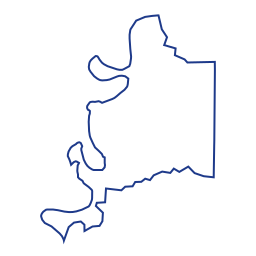 Adams, Mississippi, United States of America
{"feature_id": "52423323B79783446194500", "entity_name": "Adams", "entity_type": "district", "adm_level": 2, "iso_a3": "USA", "parent_name": "United States of America", "parent_adm1": "Mississippi", "projection": "orthographic", "projection_center": [-91.474, 31.468], "detail": "fine", "context": "isolated", "style": "outline", "palette": "blue", "viewbox_px": 256, "rotation_deg": 0, "n_neighbors": 0, "source": "geoboundaries", "source_scale": "gbopen_adm2", "svg_char_len": 2387}
<svg xmlns="http://www.w3.org/2000/svg" viewBox="0 0 256 256"><path d="M213.7,177.3L214.2,145.4L214.3,140.9L214.9,70.2L214.8,61.9L187.4,62.5L184.6,59.4L174.9,55.2L175.6,48.4L164.2,45.1L167.0,37.2L161.8,29.3L158.5,15.4L157.8,15.4L152.2,15.9L145.1,16.9L136.5,20.5L136.2,20.6L130.6,29.2L130.3,30.0L129.6,34.7L129.6,38.6L130.3,49.0L131.1,56.5L131.0,58.5L130.2,63.8L129.3,66.2L123.9,69.1L122.3,69.8L119.4,69.8L116.9,69.3L107.6,66.2L103.9,64.2L102.0,62.7L101.1,61.6L99.4,59.4L98.5,57.8L97.6,56.5L97.0,56.2L95.8,56.0L95.3,56.3L92.5,58.6L90.8,60.3L89.7,62.1L89.3,63.4L88.8,66.9L89.1,69.0L89.3,69.7L89.9,70.6L90.5,71.7L94.1,76.2L97.1,78.5L99.0,79.6L100.2,80.1L102.2,80.4L106.7,80.1L109.7,79.5L117.1,76.5L119.0,75.9L121.8,75.7L123.7,76.0L125.2,76.3L128.3,78.6L127.8,84.0L127.4,85.9L127.0,86.8L126.9,86.9L124.5,89.8L120.5,92.9L116.6,96.3L114.5,97.9L112.3,99.0L102.1,102.8L101.5,102.6L100.6,101.9L98.6,101.2L95.0,101.9L92.7,101.7L91.1,101.9L90.2,102.1L89.6,102.6L87.6,105.4L87.2,106.1L87.1,107.0L87.1,108.0L87.9,109.7L89.2,110.3L89.9,111.0L89.8,113.7L89.1,115.8L88.7,121.8L89.1,131.1L89.8,135.8L90.4,137.7L91.4,139.9L92.8,143.0L95.0,147.4L98.5,150.6L101.9,154.0L103.0,156.7L104.7,157.4L104.7,159.2L104.7,163.0L105.0,165.1L104.6,167.4L102.3,170.0L93.6,170.0L92.2,169.5L89.5,167.8L87.4,165.9L85.7,163.5L83.8,159.7L81.3,150.1L81.3,148.5L82.2,146.3L82.1,145.9L80.9,143.3L80.6,142.9L79.4,142.3L78.2,142.5L76.7,143.3L76.0,144.1L72.4,146.2L70.7,147.8L68.6,151.5L67.9,154.2L67.8,156.1L69.4,159.5L70.3,162.0L71.1,164.8L73.3,162.6L74.0,162.0L75.7,161.3L76.8,161.6L79.0,162.9L78.8,163.4L77.7,165.4L77.3,170.5L77.4,171.8L78.0,174.5L78.0,177.2L79.2,178.6L82.5,180.8L83.5,182.9L84.0,183.5L88.6,186.9L91.5,189.6L92.0,190.3L92.2,191.1L92.1,198.1L91.9,199.8L90.8,202.8L89.6,205.3L88.6,206.5L81.9,209.7L76.3,211.4L72.7,212.0L69.1,212.1L64.5,211.6L57.9,210.2L52.8,209.5L47.2,209.5L45.9,209.8L43.3,211.7L42.4,212.8L41.5,214.3L41.1,215.9L41.2,216.6L42.2,219.7L44.8,223.0L51.5,226.4L59.7,233.5L62.0,236.2L63.7,239.6L63.9,240.6L68.7,227.1L74.0,222.6L80.8,221.5L84.4,224.7L84.5,231.0L92.5,226.5L99.5,225.9L102.4,221.2L102.9,212.7L95.9,206.0L96.8,202.8L105.1,202.3L106.0,188.5L121.4,190.3L125.2,186.7L132.6,186.3L135.2,182.0L141.3,181.8L145.2,178.7L150.0,180.1L153.7,175.3L162.2,171.6L170.3,172.9L173.8,168.6L179.3,171.9L188.3,166.6L194.6,173.1L203.7,176.2L213.7,177.3Z" fill="none" stroke="#1e3a8a" stroke-width="2"/></svg>